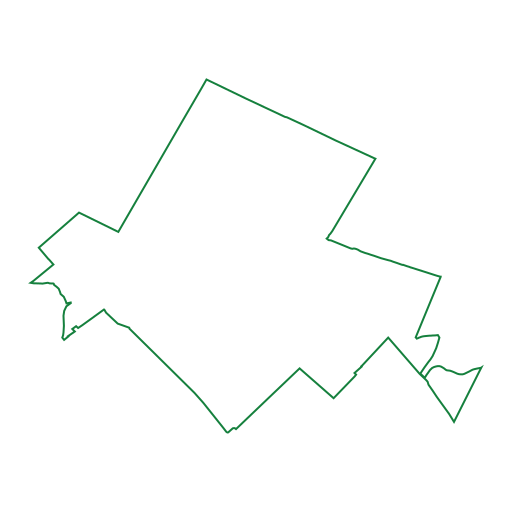 Rosiori, Ialomita, Romania (Natural Earth projection)
{"feature_id": "2599482B56196018895853", "entity_name": "Rosiori", "entity_type": "district", "adm_level": 2, "iso_a3": "ROU", "parent_name": "Romania", "parent_adm1": "Ialomita", "projection": "natural_earth1", "projection_center": [26.549, 44.609], "detail": "fine", "context": "isolated", "style": "outline", "palette": "green", "viewbox_px": 512, "rotation_deg": 0, "n_neighbors": 0, "source": "geoboundaries", "source_scale": "gbopen_adm2", "svg_char_len": 2578}
<svg xmlns="http://www.w3.org/2000/svg" viewBox="0 0 512 512"><path d="M454.0,421.9L476.5,377.1L478.4,373.3L481.1,368.0L481.3,367.6L481.0,367.8L480.0,368.0L477.3,368.5L474.2,369.2L472.6,369.7L471.6,370.2L469.2,371.5L466.7,372.7L465.3,373.4L463.9,374.0L462.7,374.3L460.5,374.3L459.1,374.2L457.3,373.7L453.8,372.1L452.1,371.4L450.1,370.7L446.8,370.3L445.8,369.8L443.8,368.2L441.1,366.6L439.3,366.1L437.9,366.1L436.2,366.4L434.1,367.0L432.1,368.0L431.0,369.1L430.3,369.7L429.1,371.3L428.0,372.9L426.6,374.8L425.2,377.1L424.7,377.7L420.3,373.6L424.4,367.5L428.4,362.0L430.4,359.5L432.6,356.1L436.2,348.2L437.9,342.9L439.4,337.6L437.9,335.1L435.4,335.4L432.6,335.5L430.5,335.7L429.4,335.7L427.1,335.9L424.2,336.2L422.9,336.4L422.0,336.6L420.9,336.9L420.8,337.0L419.5,337.5L419.1,337.6L417.9,338.2L416.8,338.6L416.6,338.3L415.7,337.4L431.1,300.0L440.7,276.8L440.7,276.7L440.4,276.7L439.6,276.5L437.1,275.8L433.6,274.7L426.8,272.5L424.6,271.8L422.4,271.1L416.7,269.3L411.0,267.5L410.4,267.4L409.7,267.0L407.0,266.2L403.0,264.8L402.4,264.9L400.9,264.4L397.0,263.0L392.8,261.6L390.8,260.8L390.0,260.6L388.3,260.2L381.0,258.2L373.8,255.7L370.9,254.8L368.0,253.8L366.6,253.4L365.2,253.0L360.8,251.4L359.5,250.7L358.3,249.9L356.5,249.1L354.8,248.6L354.3,248.6L353.9,248.5L352.3,248.8L350.6,248.4L347.2,247.0L343.8,245.6L337.4,243.0L331.0,240.4L328.6,240.1L326.7,238.6L328.2,237.1L329.1,235.0L330.3,233.8L332.2,231.2L361.1,182.7L373.5,161.9L375.4,158.7L374.4,158.3L337.0,141.1L335.9,140.6L303.1,124.8L286.9,117.3L285.0,116.9L245.6,98.4L206.5,79.5L204.9,82.3L201.3,88.6L182.4,121.1L118.3,231.9L79.0,212.6L38.8,247.7L48.6,259.3L48.9,259.4L53.4,264.5L33.3,281.0L30.7,282.8L33.7,283.3L38.1,283.4L40.9,283.5L42.5,283.6L46.9,282.9L47.9,282.8L49.8,283.4L53.3,283.5L53.7,283.7L54.1,284.9L56.6,286.8L58.7,288.7L60.0,291.9L60.6,294.0L63.8,296.8L65.7,301.0L66.5,303.4L70.7,302.5L70.8,303.1L66.4,306.3L64.2,310.9L63.5,315.7L63.9,325.8L63.5,332.5L63.1,335.3L62.3,337.6L64.1,339.9L68.3,336.5L68.0,336.2L74.8,331.5L72.3,329.0L76.1,326.2L78.1,328.0L82.3,325.2L104.0,309.5L104.4,309.8L106.1,312.7L117.7,323.6L129.2,327.7L129.5,328.7L194.4,392.8L203.2,402.7L219.4,423.0L223.3,427.9L226.3,431.8L227.0,432.3L227.6,432.5L228.2,432.4L232.8,428.3L233.8,428.1L234.7,428.1L235.5,428.7L236.0,429.1L267.8,398.7L299.6,368.4L300.5,369.2L333.6,398.2L354.7,376.4L356.1,374.6L354.5,373.0L361.6,366.7L361.3,366.3L362.0,365.7L388.2,337.6L419.6,373.8L423.7,377.7L426.1,380.0L427.6,381.7L428.5,384.7L432.9,391.0L436.6,396.6L438.6,399.4L445.4,408.8L449.1,413.9L454.0,421.9Z" fill="none" stroke="#15803d" stroke-width="2"/></svg>